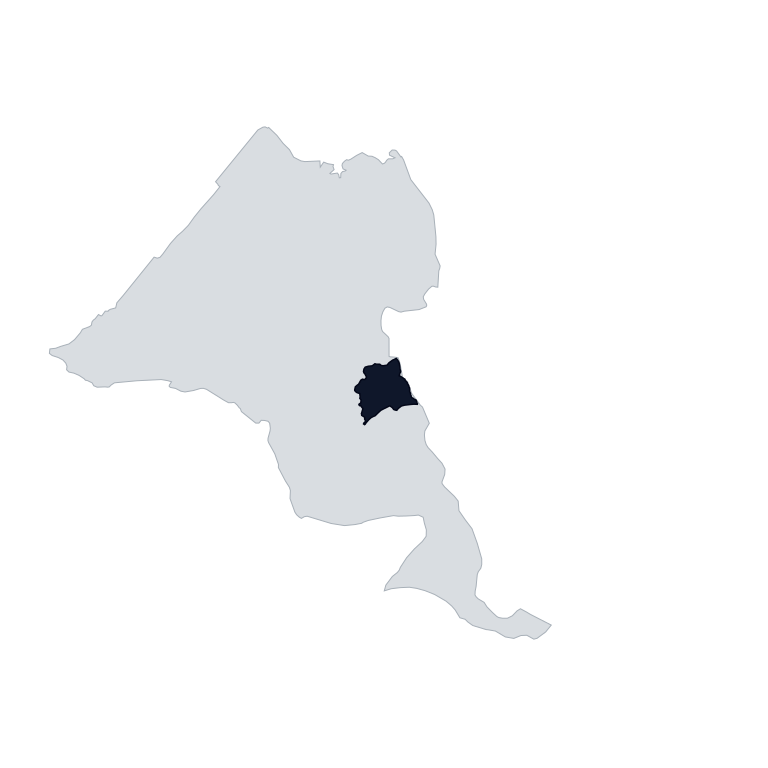 Faro-et-Deo, Adamaoua, Cameroon shown in context, rotated 129°
{"feature_id": "32672807B79440248069412", "entity_name": "Faro-et-Deo", "entity_type": "district", "adm_level": 2, "iso_a3": "CMR", "parent_name": "Cameroon", "parent_adm1": "Adamaoua", "projection": "orthographic", "projection_center": [12.392, 7.524], "detail": "fine", "context": "in_parent", "style": "filled", "palette": "ink", "viewbox_px": 768, "rotation_deg": 129, "n_neighbors": 0, "source": "geoboundaries", "source_scale": "gbopen_adm2", "svg_char_len": 5813}
<svg xmlns="http://www.w3.org/2000/svg" viewBox="0 0 768 768"><g transform="rotate(129 384 384)"><path d="M196.1,513.5L197.6,509.7L208.3,491.8L215.1,462.9L218.2,456.2L221.3,451.7L236.8,436.4L242.6,431.5L251.0,426.0L256.9,414.7L259.0,413.5L261.6,412.6L274.9,403.1L276.1,404.9L276.9,407.2L277.9,408.3L282.2,409.1L288.1,409.0L291.5,408.4L293.3,406.4L295.2,401.1L296.3,400.1L297.6,399.9L304.1,403.6L314.7,414.1L317.4,416.0L318.5,418.1L320.8,427.6L322.1,430.0L324.5,431.0L328.6,430.3L332.9,428.7L336.7,426.2L340.4,423.1L343.0,420.2L344.1,418.2L344.7,410.4L345.5,408.7L359.4,397.4L359.0,396.3L356.8,393.2L354.7,389.7L356.8,386.1L358.9,383.3L367.0,374.0L367.4,367.1L373.9,356.5L377.6,342.4L377.7,339.6L386.0,324.1L394.8,322.7L398.2,320.5L402.1,316.7L404.5,313.1L405.7,309.7L406.6,303.1L408.1,295.6L409.1,289.0L411.7,283.0L416.1,279.9L423.7,277.3L424.9,276.1L425.9,272.1L427.0,258.7L428.3,252.7L435.3,246.0L438.4,235.5L441.1,224.5L449.1,211.3L458.4,198.0L462.7,194.5L466.3,192.8L470.5,192.6L473.4,191.6L483.4,185.0L487.6,182.8L490.7,180.5L491.4,178.5L491.7,175.6L490.7,168.8L492.4,163.8L493.3,156.0L493.7,150.0L493.3,147.9L491.4,144.4L488.4,140.7L483.4,138.4L476.5,137.8L472.8,136.5L471.5,129.6L470.9,125.2L466.1,102.3L474.9,102.3L485.3,105.0L488.0,107.0L489.4,114.9L493.3,119.3L500.0,123.0L504.2,130.5L505.9,142.0L509.7,148.8L510.5,149.9L515.8,162.9L516.2,168.9L515.8,172.9L517.9,177.9L514.8,186.5L513.9,191.7L513.7,199.1L515.7,212.1L518.8,222.1L522.3,230.1L526.0,236.4L532.1,243.3L538.6,249.6L544.6,253.6L539.1,256.0L528.3,256.4L522.1,255.0L519.1,255.0L516.2,255.9L504.7,257.1L493.1,256.6L482.3,255.1L475.8,255.4L470.7,259.3L466.7,265.1L462.9,269.7L464.2,274.8L467.1,277.6L472.7,283.8L477.8,289.8L480.3,293.8L490.4,302.6L500.0,310.4L504.6,313.2L506.3,313.7L511.6,318.2L518.9,325.6L525.6,337.2L535.1,360.5L537.2,362.4L540.4,363.6L540.8,366.1L540.6,369.7L539.6,372.7L532.2,384.9L525.7,389.7L523.8,392.5L521.4,399.6L515.4,413.5L512.9,415.4L507.0,424.9L502.2,436.7L501.0,438.6L499.1,440.0L492.2,443.0L489.9,444.5L486.4,448.2L485.9,450.6L487.5,453.9L489.5,456.6L493.1,456.6L495.1,459.1L495.2,477.4L493.5,480.2L493.6,481.5L492.8,484.6L492.5,488.1L493.1,489.5L494.5,490.7L496.4,493.1L497.4,498.7L499.8,518.5L501.0,521.6L502.9,523.8L509.0,528.0L515.4,533.6L517.4,537.3L518.6,543.2L521.1,547.9L521.0,549.5L520.0,550.1L516.0,550.5L517.4,554.0L520.7,559.9L537.0,578.1L552.7,594.2L556.4,595.4L559.2,595.7L560.3,596.7L561.8,599.0L567.0,604.9L568.0,608.4L566.8,611.6L568.0,616.7L569.0,618.5L568.6,620.2L569.2,626.4L570.7,631.8L573.0,636.4L572.7,639.6L569.7,641.5L568.0,644.5L567.4,648.7L568.4,653.8L570.7,659.8L570.8,663.3L567.0,665.7L562.8,661.6L558.2,658.9L551.2,654.1L544.2,652.4L535.2,652.2L531.3,652.8L524.6,648.9L522.5,648.4L519.5,650.0L517.4,650.1L514.9,649.5L509.7,649.6L509.2,646.8L508.4,646.2L502.8,646.5L501.1,644.2L500.4,644.5L498.2,643.7L493.7,640.4L489.0,642.7L479.3,642.4L430.1,642.5L428.9,639.4L426.5,637.8L422.0,637.7L409.0,638.4L399.0,637.9L392.3,636.7L383.9,635.9L373.6,636.5L363.0,636.5L344.2,635.6L333.8,635.7L334.0,637.6L333.3,638.9L332.8,642.2L266.0,641.9L260.6,639.7L259.0,638.2L258.4,635.5L257.2,635.1L258.2,623.6L260.5,613.9L261.4,604.9L264.6,596.9L262.9,589.0L261.0,585.5L251.0,574.2L255.6,570.0L249.5,570.5L248.2,566.3L245.3,561.3L247.1,560.5L248.8,557.7L254.4,558.6L254.2,557.3L249.4,553.0L249.9,550.9L251.9,548.5L250.9,547.5L247.5,550.0L245.0,549.9L243.1,548.3L241.7,548.0L242.6,551.2L240.7,554.1L238.8,555.1L235.7,554.9L233.2,554.2L232.5,552.5L230.2,551.3L223.5,549.1L217.9,546.6L216.8,539.7L214.6,536.7L213.7,533.4L213.2,529.5L214.0,523.7L212.5,522.7L210.9,522.4L208.5,522.7L206.3,522.3L203.6,519.0L201.3,517.8L202.7,523.7L201.0,525.4L197.0,524.9L195.3,522.6L195.0,520.9L196.9,513.7L196.1,513.5Z" fill="#d9dde1" stroke="#a8b0b8" stroke-width="1"/><path d="M406.8,403.2L407.1,403.0L407.5,402.6L407.8,401.2L407.7,399.6L406.7,396.8L407.8,395.7L408.8,394.6L410.4,393.7L410.7,392.0L411.5,391.3L413.4,390.1L414.7,390.6L415.6,390.7L416.1,390.0L416.1,389.1L415.4,388.6L415.8,387.5L416.1,386.2L416.5,384.8L417.6,384.4L419.3,383.7L420.4,383.2L421.3,382.9L421.7,382.2L422.4,381.6L422.1,378.8L422.1,377.9L423.5,377.0L424.4,374.8L427.1,375.1L427.9,374.8L427.8,373.5L427.1,373.3L425.4,373.5L423.1,373.4L421.7,373.4L418.4,372.9L416.2,372.0L414.2,370.9L410.6,370.5L406.4,369.9L402.7,368.3L402.4,368.1L397.3,365.8L397.1,362.6L397.7,360.5L397.2,358.9L396.4,357.5L394.0,357.5L390.1,356.6L387.8,354.9L387.4,354.6L383.3,350.6L380.9,348.1L378.8,345.3L378.2,345.6L377.9,346.5L377.5,347.1L377.1,347.5L376.6,348.4L376.4,348.9L376.3,349.2L376.5,349.9L376.7,350.3L376.8,351.2L376.7,351.8L376.7,352.3L376.9,352.9L377.0,353.3L377.0,353.5L377.0,354.2L376.5,355.2L376.0,355.6L375.8,356.3L375.6,356.6L375.4,356.7L375.1,357.0L374.9,357.2L374.6,357.5L374.3,358.2L374.1,358.4L373.7,359.3L373.2,359.7L372.7,360.2L371.8,360.9L370.9,361.7L370.8,362.1L370.3,363.2L369.8,363.7L369.5,364.2L369.5,364.7L369.2,365.0L369.2,365.7L369.0,366.1L368.5,366.5L368.3,366.9L368.2,367.5L368.0,368.3L368.0,369.1L367.9,369.7L367.7,370.1L367.2,370.6L367.1,370.9L367.3,371.5L367.4,373.3L367.5,374.6L367.6,375.8L367.8,376.5L368.1,377.3L366.8,378.0L366.5,378.0L366.2,378.2L365.8,378.4L364.8,378.5L364.2,378.7L363.8,379.0L363.0,379.9L362.5,380.8L361.5,381.7L361.3,381.9L361.1,382.1L360.9,382.4L360.7,382.5L358.8,384.7L358.1,385.5L357.8,386.1L357.6,386.6L357.5,386.8L357.3,387.1L356.9,388.3L356.6,389.4L356.4,390.4L356.4,390.6L358.9,391.7L359.9,392.3L364.4,393.5L367.5,393.5L369.4,395.3L370.5,396.3L371.5,398.3L371.4,398.5L371.3,399.7L373.4,402.4L374.0,403.8L376.9,404.5L377.1,404.5L377.7,405.0L380.1,407.4L382.7,409.2L385.0,409.0L387.2,407.8L388.0,406.5L388.2,405.1L388.9,403.6L389.5,402.1L390.5,401.7L392.6,401.7L393.4,402.9L393.8,403.8L395.6,404.4L400.2,403.6L401.5,404.0L404.2,404.5L406.8,403.2Z" fill="#0f172a" stroke="#020617" stroke-width="1.5"/></g></svg>